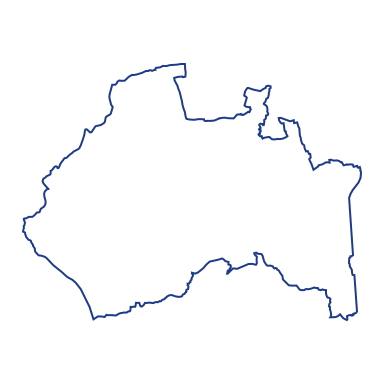 the district of Ban Lat, Phetchaburi, Thailand
{"feature_id": "78962969B76401698966785", "entity_name": "Ban Lat", "entity_type": "district", "adm_level": 2, "iso_a3": "THA", "parent_name": "Thailand", "parent_adm1": "Phetchaburi", "projection": "robinson", "projection_center": [99.878, 13.053], "detail": "fine", "context": "isolated", "style": "outline", "palette": "blue", "viewbox_px": 384, "rotation_deg": 0, "n_neighbors": 0, "source": "geoboundaries", "source_scale": "gbopen_adm2", "svg_char_len": 5970}
<svg xmlns="http://www.w3.org/2000/svg" viewBox="0 0 384 384"><path d="M184.9,64.0L181.0,64.0L176.4,64.7L170.0,65.1L166.2,66.1L162.9,65.9L160.2,67.3L155.9,67.9L155.4,68.8L155.5,69.8L153.8,70.1L152.4,70.8L151.6,70.7L150.8,70.2L149.4,70.3L148.6,70.9L145.6,71.1L142.5,72.7L136.7,74.5L133.2,75.1L132.0,74.9L128.6,76.9L124.7,80.7L121.5,80.8L119.2,80.5L117.4,81.8L116.9,83.0L115.4,84.7L112.2,84.8L109.6,94.4L109.4,96.5L109.5,98.4L111.1,104.6L112.7,107.1L110.9,113.2L110.3,114.3L106.1,116.8L105.7,117.6L104.9,121.7L103.8,123.2L100.6,125.1L95.9,126.1L95.3,126.5L91.6,132.0L91.1,132.3L90.0,132.4L87.1,129.6L86.4,129.3L85.4,129.5L84.8,131.4L84.5,134.1L82.7,140.0L80.8,145.2L79.4,148.1L78.3,149.1L73.5,151.6L72.6,152.6L69.3,155.1L67.1,157.3L66.1,158.0L64.5,158.2L60.5,163.6L58.8,167.8L57.6,168.1L57.0,166.7L56.3,166.4L55.5,166.4L54.6,166.8L51.8,170.3L50.6,170.9L50.7,173.2L50.2,174.5L46.5,176.3L45.5,177.4L43.4,178.7L42.6,181.1L43.1,182.7L44.3,184.5L48.3,188.9L46.9,189.3L46.3,189.8L44.8,191.6L44.1,193.7L44.3,196.3L45.6,201.1L45.6,203.0L45.1,204.9L43.8,206.8L40.8,208.8L39.5,212.2L36.8,212.6L34.7,215.0L32.5,216.8L28.7,216.9L26.3,218.3L24.3,218.5L23.8,218.9L23.8,219.6L24.8,222.0L24.9,222.9L24.3,225.5L23.7,226.2L23.9,227.7L23.0,231.6L25.0,232.5L25.2,233.2L25.2,234.2L26.3,237.1L28.3,239.6L30.8,240.7L31.3,242.4L33.0,244.9L33.0,245.8L34.9,248.6L34.7,249.5L35.4,251.9L38.5,255.3L41.9,255.8L44.9,256.9L46.5,258.0L53.4,265.3L62.1,272.3L67.1,276.9L72.5,279.9L75.8,282.8L80.8,289.2L89.5,306.8L93.5,319.3L98.0,316.4L101.8,316.5L104.6,317.0L106.5,314.8L107.7,315.2L110.8,315.1L115.9,315.5L118.7,313.8L120.4,313.2L124.2,312.5L126.8,312.5L128.3,311.4L129.9,311.3L130.2,310.9L130.5,309.6L130.6,306.9L132.1,307.0L133.6,306.6L135.1,306.8L135.5,306.2L136.0,302.8L139.3,302.9L140.2,305.8L141.3,306.6L142.2,306.3L143.7,305.0L145.0,302.9L146.5,303.0L149.3,302.6L153.1,303.1L155.5,302.1L158.0,302.2L159.5,301.1L160.8,301.3L162.5,299.7L164.1,299.3L165.0,298.5L165.2,298.0L166.4,297.4L166.6,296.8L169.0,295.4L170.6,295.1L172.1,295.1L174.8,296.2L177.9,296.8L179.9,296.8L181.7,296.4L182.1,296.1L182.8,294.5L184.4,294.0L184.8,293.1L185.5,292.8L186.3,291.7L186.0,291.4L186.5,289.8L188.0,289.1L188.5,286.7L188.1,285.8L187.6,285.4L187.6,283.7L189.0,283.7L189.6,282.4L190.4,282.1L190.4,280.8L191.6,279.6L191.5,278.3L192.8,276.2L193.0,275.0L193.0,274.2L192.1,273.9L192.0,272.7L195.1,273.6L197.8,272.6L203.3,268.2L206.3,264.6L209.7,261.6L217.9,259.8L222.1,258.5L223.8,259.5L225.4,261.2L228.5,261.9L228.4,264.5L230.5,265.1L230.9,267.0L229.7,268.8L229.0,270.4L227.8,270.6L227.1,273.7L227.6,273.7L233.0,268.4L237.2,268.8L248.5,264.0L252.6,263.9L255.9,264.8L256.8,263.5L256.6,259.3L256.9,256.8L254.7,254.6L254.2,253.2L255.7,252.7L256.7,252.8L257.0,253.6L261.5,254.1L262.6,255.8L264.1,261.3L266.2,264.7L267.4,265.7L270.4,265.6L272.9,266.4L273.6,267.8L274.4,268.5L275.4,268.0L276.7,268.3L277.1,269.5L278.7,270.4L281.2,274.4L282.3,275.6L283.0,279.5L288.8,285.3L291.7,285.6L296.6,285.6L299.6,289.6L301.2,290.1L304.2,290.1L305.7,289.1L308.3,289.2L310.3,288.9L314.3,287.5L315.3,287.9L318.0,288.1L318.5,289.5L320.6,290.2L322.4,289.4L323.2,289.8L326.0,290.1L326.0,293.1L326.2,294.6L327.2,297.1L327.7,297.6L329.1,297.7L330.4,299.0L330.0,301.0L330.5,302.3L329.4,303.9L329.0,306.4L330.0,307.1L329.9,309.6L330.5,310.9L331.2,314.4L330.8,316.5L330.3,317.3L335.6,317.1L338.1,316.0L340.1,314.3L342.9,317.8L344.6,319.0L346.9,320.0L347.4,319.2L347.0,316.2L349.3,315.1L351.3,315.0L351.5,315.6L352.8,315.4L352.9,314.6L353.7,314.5L353.5,313.7L356.0,313.0L357.0,311.5L354.4,275.1L352.6,274.9L352.1,273.0L351.8,269.7L349.8,266.4L349.7,264.0L349.1,263.4L349.0,262.7L349.3,257.9L350.3,257.5L350.4,256.3L351.7,256.1L353.0,255.2L349.1,197.9L350.7,193.5L352.8,189.9L358.4,182.7L360.5,178.1L361.0,172.9L360.7,170.9L360.3,170.7L360.4,169.0L359.8,167.1L359.0,167.6L358.9,167.3L357.6,167.4L357.2,165.9L353.6,166.8L352.8,164.6L351.2,164.4L349.4,164.4L348.1,164.8L346.9,164.3L345.7,164.9L343.6,165.3L341.7,162.1L340.8,162.3L339.3,161.1L337.2,160.4L333.5,160.6L330.9,159.7L329.3,159.9L329.6,161.3L329.6,162.7L327.9,162.3L326.0,162.3L322.2,164.4L318.6,165.3L318.4,166.1L317.8,166.7L313.5,169.8L311.1,162.9L310.6,162.4L309.2,159.1L310.7,157.5L310.2,154.0L309.0,153.9L307.8,151.1L306.0,151.4L304.6,148.1L304.2,145.3L302.1,143.6L301.1,140.4L300.6,137.4L299.9,135.8L299.3,128.2L298.6,127.2L297.1,122.4L294.1,123.1L293.7,120.2L290.6,121.2L289.9,121.2L280.9,117.9L278.7,118.0L279.1,120.4L280.3,122.3L281.5,123.5L283.6,123.2L284.6,130.7L284.9,131.3L285.8,131.4L286.0,133.5L287.5,136.1L286.4,137.0L282.6,138.7L279.5,139.1L277.2,138.9L275.5,139.4L272.2,139.3L269.8,137.5L269.6,137.1L268.9,136.9L263.6,137.9L262.6,138.6L262.0,137.6L261.8,136.2L260.1,136.3L258.5,134.6L258.7,134.1L260.0,133.8L259.7,132.2L260.6,131.6L260.7,131.2L260.5,129.5L259.5,129.9L259.0,129.5L259.3,128.8L260.3,127.9L260.5,127.4L259.2,125.0L259.6,124.2L260.5,123.7L262.5,124.0L263.0,125.2L263.8,125.0L264.3,121.8L264.1,120.1L265.8,118.6L266.0,115.5L267.5,115.2L268.1,114.5L268.2,113.6L267.2,111.6L267.5,110.0L267.1,106.9L265.9,105.3L264.4,104.5L263.8,103.9L264.0,103.1L265.2,102.1L266.4,98.6L267.7,98.1L268.1,97.4L268.8,94.5L268.9,92.5L269.4,91.5L269.4,88.9L270.6,88.0L270.6,86.4L268.2,85.7L266.9,86.0L266.0,86.5L265.8,87.8L262.8,89.3L260.3,91.1L253.3,89.6L248.2,87.9L247.5,88.0L246.8,88.7L245.2,91.2L244.3,94.7L244.3,95.7L246.1,96.7L246.8,97.8L244.5,105.5L246.3,106.8L250.1,107.2L250.1,108.4L250.8,109.2L249.4,112.2L248.3,111.8L243.8,114.7L242.2,115.0L242.0,114.5L240.8,114.5L240.7,114.0L239.0,114.5L237.1,114.5L233.7,118.4L227.7,118.2L225.4,117.7L222.6,117.8L220.0,118.3L219.4,118.1L219.0,118.6L214.1,120.6L209.6,120.9L207.2,120.8L206.8,121.1L204.7,120.8L204.3,120.5L204.0,119.3L199.0,119.1L194.1,119.8L189.4,119.5L186.4,118.8L185.7,116.9L184.8,111.8L183.8,109.3L182.6,105.3L182.0,101.5L179.7,92.1L178.2,88.6L177.6,86.1L174.6,80.4L174.2,77.9L178.0,76.9L182.4,76.5L182.7,77.1L183.2,77.2L185.4,76.6L185.7,72.2L185.2,69.5L184.9,64.0Z" fill="none" stroke="#1e3a8a" stroke-width="2"/></svg>